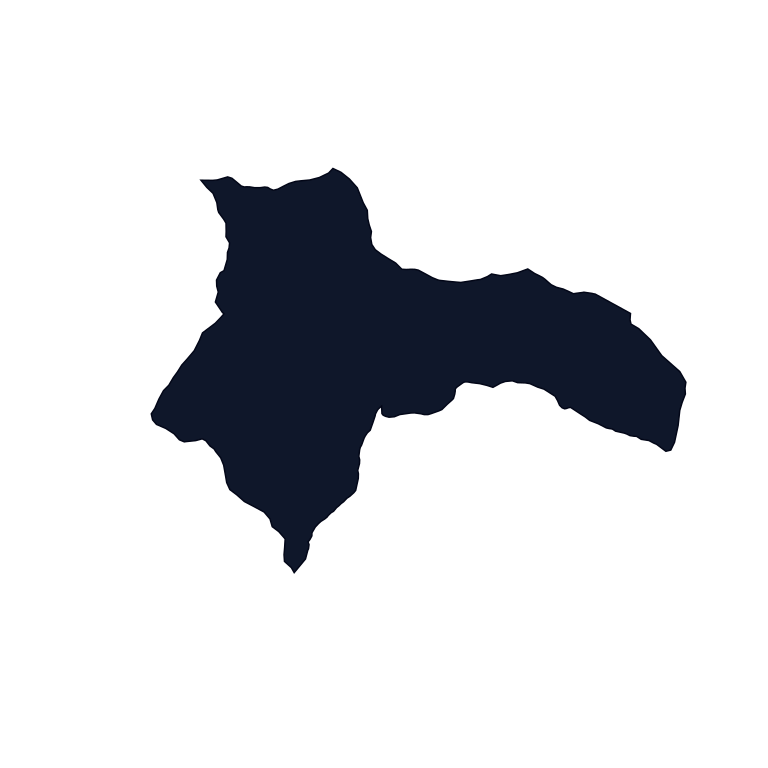 the district of Genye, Thimphu, Bhutan, rotated 37°
{"feature_id": "84629894B67329763670216", "entity_name": "Genye", "entity_type": "district", "adm_level": 2, "iso_a3": "BTN", "parent_name": "Bhutan", "parent_adm1": "Thimphu", "projection": "mercator", "projection_center": [89.615, 27.302], "detail": "fine", "context": "isolated", "style": "filled", "palette": "ink", "viewbox_px": 768, "rotation_deg": 37, "n_neighbors": 0, "source": "geoboundaries", "source_scale": "gbopen_adm2", "svg_char_len": 3638}
<svg xmlns="http://www.w3.org/2000/svg" viewBox="0 0 768 768"><g transform="rotate(37 384 384)"><path d="M425.8,588.7L426.6,571.0L423.2,562.7L422.9,561.1L420.8,557.4L418.4,555.8L418.4,552.5L417.8,548.7L416.0,546.2L415.2,539.6L415.7,534.8L416.3,531.7L417.9,527.4L418.6,524.6L418.6,522.5L419.2,518.7L420.3,516.0L420.5,511.3L421.2,508.6L421.7,505.3L422.6,502.3L423.1,497.6L424.3,494.2L425.3,489.0L425.4,486.0L420.3,474.9L417.6,471.1L415.0,468.8L412.3,462.3L410.2,459.2L407.4,456.9L404.1,451.1L403.2,448.9L402.9,446.4L400.7,439.2L400.3,436.8L400.1,433.0L400.8,429.2L398.2,421.0L396.1,414.8L395.2,413.0L394.5,408.9L394.5,407.2L395.4,403.1L397.7,405.9L400.2,408.9L402.1,409.4L404.6,408.9L408.0,407.5L412.0,403.9L415.0,398.9L422.8,391.1L425.6,388.8L431.5,385.5L434.6,384.2L437.5,382.0L439.4,379.4L444.1,372.3L445.6,369.6L446.7,362.1L448.0,355.7L448.2,353.8L446.6,349.5L445.1,346.7L444.2,345.6L443.9,344.2L444.2,342.2L446.3,335.4L447.0,334.1L448.1,333.0L449.9,331.8L453.2,330.2L460.2,326.1L467.2,323.1L473.0,321.1L475.0,316.7L476.5,313.2L479.4,308.9L484.6,304.2L489.9,302.5L496.3,298.0L500.3,295.9L508.6,294.0L514.9,291.8L528.0,290.8L532.6,292.8L537.0,295.3L540.6,295.8L543.2,295.1L544.3,293.9L545.7,291.8L547.1,290.4L559.4,289.6L564.5,289.2L570.1,289.3L579.0,286.8L587.9,285.3L590.8,284.0L592.3,283.1L593.7,282.5L597.3,282.3L605.5,278.6L608.1,277.8L611.5,277.2L615.0,275.3L617.2,273.8L622.7,273.4L629.6,269.7L634.8,268.9L638.0,268.1L645.2,268.1L649.6,268.1L652.8,264.2L651.1,255.7L643.9,240.2L636.1,227.1L633.2,219.3L630.7,210.6L626.9,206.2L624.0,200.9L612.8,196.1L588.7,194.2L570.3,188.4L554.3,186.5L545.2,187.5L541.8,184.6L538.4,179.3L498.5,185.1L497.2,185.8L495.7,186.4L492.6,188.1L488.4,190.4L487.4,191.5L482.7,196.1L481.0,197.9L477.1,198.7L470.0,200.3L468.1,201.1L463.5,203.0L457.8,204.1L454.5,203.9L449.5,203.5L446.5,203.5L442.3,204.2L437.8,205.1L434.2,205.3L432.7,205.4L429.6,205.6L425.6,211.8L423.6,214.9L420.9,217.9L418.5,220.6L417.1,222.1L413.2,226.1L412.0,227.3L406.6,230.0L403.7,231.4L402.0,235.9L398.1,242.5L396.1,244.4L393.7,246.9L392.0,248.7L384.2,256.7L379.6,259.6L373.1,263.6L370.7,265.0L366.0,267.8L364.3,268.5L358.6,270.0L350.6,271.2L347.4,271.7L342.9,272.4L339.6,273.9L336.0,276.5L334.9,277.5L332.8,279.2L329.2,281.6L326.9,281.3L320.6,280.4L311.7,281.3L303.4,282.0L296.2,282.0L290.3,279.9L285.2,275.1L282.2,269.8L276.5,265.9L271.5,261.7L266.1,255.3L258.4,251.8L244.6,243.4L233.0,241.1L222.3,240.8L213.5,242.6L212.8,248.9L210.5,253.3L209.7,254.9L208.1,258.0L201.9,265.8L195.6,271.5L191.5,275.4L187.4,281.1L184.7,286.5L182.0,292.2L179.1,295.8L175.8,296.7L172.8,297.0L170.2,298.5L169.0,299.7L167.2,301.5L165.4,302.9L162.5,305.1L158.3,307.3L155.3,309.4L154.1,310.6L150.9,311.8L145.5,311.5L138.7,311.2L134.5,312.7L130.7,317.8L128.0,321.4L124.7,324.4L115.2,331.4L124.2,333.6L132.7,334.6L141.3,339.7L146.4,344.8L148.8,346.5L156.9,348.9L161.0,350.6L166.1,357.1L169.2,361.5L175.7,364.2L178.4,368.6L179.8,373.1L183.9,378.9L188.0,389.8L186.3,393.6L187.7,401.8L191.5,406.5L196.3,410.3L200.0,420.0L207.9,422.7L211.9,424.1L214.0,424.3L213.6,429.5L212.7,437.0L208.3,452.4L210.4,460.3L212.4,471.6L211.8,482.5L211.1,490.5L211.8,498.7L211.9,505.6L212.9,514.5L211.9,522.0L213.3,531.5L215.7,541.4L216.1,547.9L220.8,551.9L226.6,553.2L236.5,550.8L246.3,550.1L254.2,551.7L259.3,550.4L260.7,549.0L267.7,542.5L271.8,537.2L275.9,536.5L282.3,538.2L287.4,538.1L290.2,539.2L298.0,541.2L304.8,545.3L313.7,553.6L317.7,557.4L324.5,561.1L333.1,561.1L343.2,561.9L354.1,560.1L365.3,558.4L374.2,560.4L380.6,565.2L388.8,565.2L398.3,567.2L402.8,574.0L406.9,580.5L411.3,585.6L420.5,586.4L425.8,588.7Z" fill="#0f172a" stroke="#020617" stroke-width="1.5"/></g></svg>